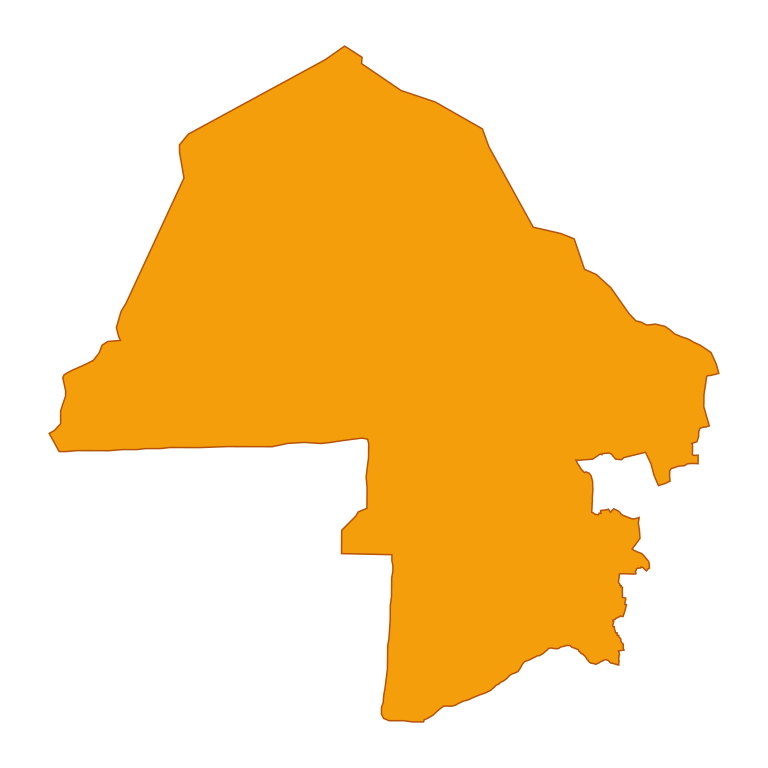 outline of Ido, Oyo, Nigeria
{"feature_id": "59680162B23843497952419", "entity_name": "Ido", "entity_type": "district", "adm_level": 2, "iso_a3": "NGA", "parent_name": "Nigeria", "parent_adm1": "Oyo", "projection": "orthographic", "projection_center": [3.812, 7.476], "detail": "fine", "context": "isolated", "style": "filled", "palette": "amber", "viewbox_px": 768, "rotation_deg": 0, "n_neighbors": 0, "source": "geoboundaries", "source_scale": "gbopen_adm2", "svg_char_len": 6060}
<svg xmlns="http://www.w3.org/2000/svg" viewBox="0 0 768 768"><path d="M59.2,451.6L65.8,451.6L76.9,450.6L109.1,450.7L122.4,449.6L136.8,449.6L145.7,448.6L160.1,448.6L170.1,447.5L199.0,447.6L226.7,446.6L272.2,446.7L287.7,443.4L304.4,442.4L321.0,443.5L331.0,442.4L337.7,441.3L353.2,439.2L362.1,438.1L367.6,439.2L368.7,443.7L368.5,458.2L367.3,467.1L366.1,477.2L367.1,487.2L366.9,508.3L358.2,511.9L356.1,515.8L341.7,530.3L341.5,553.6L391.9,554.7L391.9,561.0L392.9,565.5L392.9,571.1L391.7,577.8L391.5,596.7L390.3,605.7L390.2,620.2L388.9,639.2L387.7,645.9L387.4,669.3L385.0,688.3L383.8,695.0L383.1,703.0L381.5,707.3L381.4,714.0L383.6,718.4L389.1,720.7L403.6,720.7L412.4,721.9L423.5,721.9L424.3,719.7L425.8,719.2L429.3,717.4L433.2,715.0L435.8,712.5L440.5,708.4L443.8,706.0L451.6,706.2L455.8,705.1L457.7,703.8L463.6,701.0L465.3,700.7L469.2,699.5L473.2,697.5L479.4,695.0L485.9,692.7L490.7,690.3L493.9,687.5L496.0,685.3L497.3,684.6L498.8,684.1L500.6,682.4L501.8,681.7L503.7,680.8L506.6,678.7L508.1,677.1L509.2,675.8L511.5,674.2L515.0,672.9L517.9,671.6L520.2,668.4L522.0,664.8L524.6,661.6L529.9,659.7L537.6,655.7L539.1,655.8L543.2,653.5L545.4,651.4L546.9,650.2L548.8,648.3L549.6,648.3L551.2,647.9L553.2,648.4L554.4,648.6L555.5,648.6L557.4,648.8L558.5,648.5L559.6,647.8L559.9,647.5L560.4,647.3L561.2,646.8L562.8,646.6L564.9,646.0L566.3,645.5L566.9,645.4L568.2,645.5L569.2,645.4L570.0,645.6L570.6,646.3L572.2,647.4L573.1,647.6L574.6,648.2L575.0,648.2L575.8,648.7L577.8,649.4L578.4,650.2L578.8,651.1L580.1,652.1L580.7,653.1L581.2,653.5L581.9,653.9L582.7,654.0L583.2,654.3L584.1,655.5L584.7,655.9L585.6,656.8L586.0,657.7L586.5,658.2L586.9,659.2L587.2,659.6L587.9,660.1L588.3,660.8L589.2,662.0L590.2,662.6L590.9,663.2L592.3,663.3L592.9,663.5L593.7,663.5L594.4,663.7L594.8,664.0L595.4,664.3L595.9,664.3L598.3,663.1L599.2,662.8L600.6,661.7L601.1,661.5L601.8,661.3L602.6,660.9L603.6,660.2L604.9,659.8L606.0,659.6L606.6,659.8L607.1,660.2L607.5,660.2L608.3,660.6L609.2,661.4L609.9,662.3L610.9,663.1L611.5,663.1L612.0,663.2L612.6,663.2L613.8,663.6L614.2,663.9L616.5,664.3L617.3,664.9L617.7,665.0L618.8,664.8L618.6,664.5L618.7,663.4L618.8,663.1L618.9,662.3L619.1,661.7L619.1,661.4L618.7,660.4L618.7,659.8L618.8,659.0L618.8,658.1L618.7,657.6L618.8,657.3L619.0,656.8L619.1,656.4L619.0,655.8L619.1,655.5L619.5,654.9L619.5,654.4L619.3,653.4L618.9,652.3L619.0,651.7L618.9,651.4L618.5,651.0L619.3,650.8L619.6,650.8L620.2,650.6L620.6,650.6L621.2,650.5L624.0,650.1L623.1,648.1L623.0,647.8L623.3,647.1L623.4,646.3L623.3,645.9L623.2,645.4L623.3,644.2L621.5,642.5L621.1,641.6L620.8,641.0L620.8,639.6L620.6,638.7L620.3,638.3L619.7,637.8L618.9,636.9L618.8,636.7L618.7,635.6L618.7,635.4L617.1,635.3L617.1,632.8L615.6,632.8L615.5,632.7L615.2,631.2L615.0,630.3L614.6,629.5L614.5,629.1L614.3,626.6L613.1,626.7L612.9,626.1L612.7,625.5L612.8,624.8L613.4,622.9L613.7,621.9L613.7,621.7L612.9,621.4L612.9,620.6L612.9,620.2L615.1,619.5L615.9,618.4L616.3,618.1L616.9,618.0L617.7,617.5L618.6,617.3L619.0,616.9L619.5,616.7L619.8,616.2L620.3,616.3L620.5,616.2L620.8,616.2L621.3,616.4L621.7,616.4L622.4,616.4L623.1,616.5L623.5,615.0L624.7,611.7L625.0,610.6L625.9,607.1L626.0,606.2L626.4,605.3L626.5,604.9L626.4,604.6L626.0,604.6L624.7,604.3L625.1,601.7L625.5,600.2L625.8,598.2L623.8,597.7L622.4,597.3L622.3,597.1L622.3,596.5L622.5,595.1L622.3,591.6L622.4,587.2L621.4,587.0L621.1,587.0L621.1,585.9L621.1,585.7L619.9,585.6L620.0,584.3L619.0,583.3L618.6,582.2L618.5,581.6L618.6,581.2L618.5,580.9L618.8,580.0L618.7,579.4L618.9,578.5L619.1,577.9L619.2,577.2L619.2,574.8L619.4,574.2L619.5,573.8L620.4,573.7L621.2,573.8L622.2,573.7L622.7,573.8L625.5,573.8L632.5,574.0L633.3,574.1L634.8,574.0L635.3,573.9L635.8,573.9L636.0,573.7L635.9,573.1L635.7,572.5L635.4,571.9L635.4,571.6L635.5,570.9L636.3,570.0L636.4,568.9L637.0,568.7L637.7,568.0L638.1,568.1L638.3,568.2L638.5,568.2L639.8,568.0L640.7,568.0L640.9,567.8L640.9,567.6L640.7,567.3L640.8,567.2L641.0,567.2L641.6,567.3L641.8,567.3L642.1,567.0L643.3,567.9L645.6,570.3L646.4,570.9L647.8,569.3L648.1,568.8L649.1,568.2L649.4,568.2L649.5,568.1L649.3,567.2L649.3,565.9L649.3,563.8L648.8,562.0L648.1,560.8L643.6,555.4L641.4,553.4L637.1,551.8L634.1,550.4L632.1,549.1L640.0,538.4L639.4,529.9L638.3,522.9L639.2,517.5L636.6,518.3L633.4,519.0L632.0,518.8L629.5,517.9L623.1,515.4L621.0,514.0L619.6,512.1L618.4,511.1L616.8,510.2L615.1,509.5L613.9,508.8L612.7,509.7L611.6,511.0L610.7,512.3L609.8,511.5L608.6,509.2L604.9,510.1L602.6,510.2L600.6,510.6L601.0,513.4L599.1,513.1L598.5,514.8L597.1,514.7L594.7,514.0L592.9,512.7L591.7,512.3L592.1,505.6L592.1,503.9L592.4,501.0L592.3,498.2L592.9,489.7L592.7,486.3L592.6,481.4L591.1,475.8L589.1,473.2L586.0,471.9L584.6,472.7L581.4,469.5L577.5,463.3L576.6,461.2L575.8,460.1L579.0,460.2L592.5,459.2L600.4,453.9L601.9,454.7L602.7,453.6L609.1,453.0L611.6,454.3L615.5,459.1L621.6,459.7L623.8,457.6L645.5,452.3L651.0,463.9L654.0,475.2L658.5,485.7L663.0,484.1L664.1,483.9L665.6,483.2L667.0,482.7L668.0,481.9L670.0,481.4L669.6,475.4L669.7,471.0L671.1,468.7L678.9,466.1L684.5,465.7L687.2,463.9L690.6,463.5L693.7,463.5L698.1,463.7L698.1,455.1L695.6,455.3L693.3,455.3L692.7,455.0L692.5,454.6L692.4,454.0L692.6,446.4L692.5,444.7L691.7,443.4L696.9,441.8L698.6,436.7L698.6,435.0L698.8,431.1L700.2,428.1L701.6,427.8L703.6,427.1L706.3,427.0L707.1,426.5L709.3,425.9L703.8,406.8L704.0,394.2L704.2,393.2L706.7,376.4L707.4,375.8L711.0,375.4L718.8,373.4L716.3,364.2L711.0,352.5L700.2,345.2L693.6,342.2L689.9,339.9L687.1,338.6L681.7,336.9L674.6,333.9L669.4,329.4L664.8,326.3L655.3,324.1L646.9,325.1L640.8,322.0L635.9,320.9L629.0,313.6L611.0,287.9L596.3,274.5L584.5,269.3L574.2,238.9L561.1,233.6L533.2,227.2L488.9,146.8L482.4,128.9L435.4,102.1L401.0,90.5L361.5,63.6L362.1,57.3L344.6,46.1L325.2,59.7L188.5,134.0L179.5,144.8L179.5,152.1L184.0,178.0L126.1,303.1L121.0,311.6L116.4,327.6L118.7,336.7L120.5,340.4L107.7,341.5L102.0,345.3L99.3,352.7L93.4,360.3L88.2,363.0L81.9,366.0L72.3,370.2L66.7,373.2L64.1,374.8L62.8,377.7L65.7,391.2L65.5,396.4L62.9,403.8L60.6,411.2L60.7,423.6L54.4,430.5L49.2,433.4L59.2,451.6Z" fill="#f59e0b" stroke="#b45309" stroke-width="1.5"/></svg>